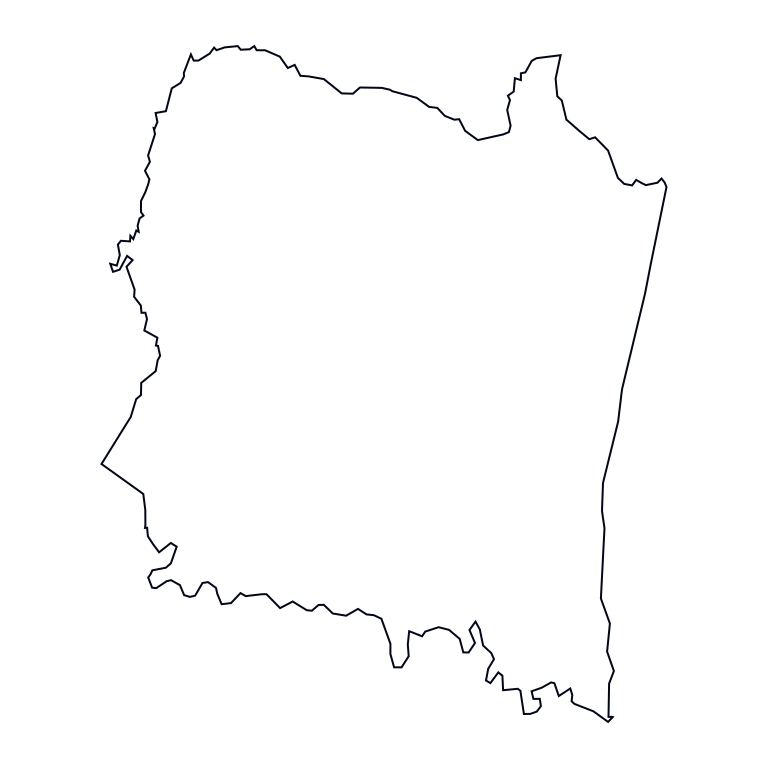 outline of San Sebastián, Puerto Rico
{"feature_id": "32010507B16977701319194", "entity_name": "San Sebastián", "entity_type": "district", "adm_level": 2, "iso_a3": "PRI", "parent_name": "Puerto Rico", "parent_adm1": "", "projection": "equal_earth", "projection_center": [-66.981, 18.324], "detail": "fine", "context": "isolated", "style": "outline", "palette": "ink", "viewbox_px": 768, "rotation_deg": 0, "n_neighbors": 0, "source": "geoboundaries", "source_scale": "gbopen_adm2", "svg_char_len": 2880}
<svg xmlns="http://www.w3.org/2000/svg" viewBox="0 0 768 768"><path d="M190.9,54.4L183.8,73.0L184.1,76.3L180.6,82.9L171.8,88.3L165.9,111.2L155.6,113.0L157.4,122.0L154.7,128.5L153.7,128.1L155.0,134.1L148.1,155.4L149.9,161.8L145.0,170.8L149.4,179.3L148.2,184.3L145.3,192.2L141.0,201.0L141.0,212.1L143.5,215.6L139.6,218.4L137.6,225.7L138.7,231.8L136.3,230.5L133.3,239.1L130.4,235.8L130.0,241.4L120.9,240.8L117.9,244.6L119.8,255.2L116.8,265.6L110.3,263.8L113.0,271.8L119.6,269.7L127.1,255.9L132.6,260.1L126.5,266.8L134.6,289.6L134.1,296.8L140.8,305.5L141.5,312.8L145.4,312.7L147.0,319.1L144.3,330.5L157.4,337.7L155.9,345.6L158.0,345.9L160.1,355.8L157.7,360.2L155.7,371.1L141.2,382.9L141.0,395.0L136.2,399.1L130.7,417.1L125.4,425.5L101.5,464.0L143.3,494.0L145.3,510.0L145.4,525.1L145.0,527.9L147.1,527.7L147.9,536.3L153.0,544.1L159.1,552.3L170.8,543.0L176.7,546.7L170.9,563.3L165.9,567.7L152.4,570.3L150.5,574.3L148.2,577.5L152.1,587.7L156.3,588.1L166.7,581.2L171.1,580.2L180.0,585.2L184.1,595.1L189.9,596.9L195.1,595.7L202.5,583.0L208.0,582.1L216.0,587.9L217.3,593.8L221.6,604.2L231.0,603.1L240.5,593.1L245.7,596.1L262.2,594.2L266.5,594.2L280.1,608.1L292.7,601.5L306.7,610.2L311.9,610.7L318.5,605.0L323.8,604.8L332.8,613.5L346.1,615.7L358.0,608.9L366.5,614.4L373.9,615.2L381.4,618.8L390.4,643.7L390.4,654.0L394.1,667.3L401.6,667.3L408.7,656.2L407.8,644.3L409.2,631.2L422.1,636.3L425.2,631.6L438.6,627.2L449.1,629.9L459.7,638.9L463.3,652.4L468.6,652.5L475.0,643.0L469.5,630.0L475.5,621.6L479.8,629.4L483.1,645.5L491.3,653.1L494.0,659.2L488.2,668.8L486.0,680.5L490.4,683.1L498.3,672.4L502.4,675.7L503.1,690.2L517.8,688.8L520.4,690.8L523.9,714.0L530.3,713.9L536.8,711.6L540.9,706.1L539.8,698.9L533.4,698.9L531.6,691.3L541.7,687.7L551.2,682.4L554.4,683.2L558.8,696.0L570.3,688.5L572.3,695.0L571.6,701.2L574.4,703.9L593.4,711.3L608.1,721.9L612.7,717.1L611.8,716.9L608.5,716.9L609.1,683.6L613.9,671.0L607.1,651.6L609.9,623.5L600.9,598.5L601.9,578.6L604.5,528.1L603.0,518.1L602.0,510.8L603.0,483.0L618.1,421.7L620.4,402.8L621.5,393.4L622.2,388.5L645.0,293.8L650.7,264.4L666.5,187.0L664.6,182.4L663.2,180.7L661.5,178.5L657.5,182.7L645.9,185.1L641.9,183.2L636.2,179.9L632.1,185.4L624.2,183.9L617.9,177.9L608.1,150.6L595.1,137.3L589.3,139.2L579.2,130.8L566.4,119.6L561.8,100.5L557.3,96.3L555.6,78.7L560.6,55.2L536.5,58.2L531.7,60.9L525.4,72.4L520.9,73.3L520.9,80.1L514.9,78.2L513.7,91.6L507.9,95.7L510.0,100.1L507.2,109.9L510.6,125.7L508.9,132.1L503.3,134.4L477.8,140.1L465.1,130.8L459.2,119.2L454.4,119.7L444.8,115.9L437.3,107.9L429.1,106.9L416.7,97.8L392.3,91.2L389.9,89.7L381.8,87.9L377.9,87.8L360.0,87.5L352.9,93.7L341.7,93.4L323.9,79.1L308.7,76.4L300.4,75.8L294.7,64.9L287.8,68.0L279.8,56.6L265.2,50.3L256.7,50.2L254.3,46.1L249.6,49.3L240.7,49.7L237.8,46.1L224.6,47.4L216.5,50.2L214.1,47.6L209.7,53.6L198.4,60.6L193.7,60.6L190.9,54.4Z" fill="none" stroke="#020617" stroke-width="2"/></svg>